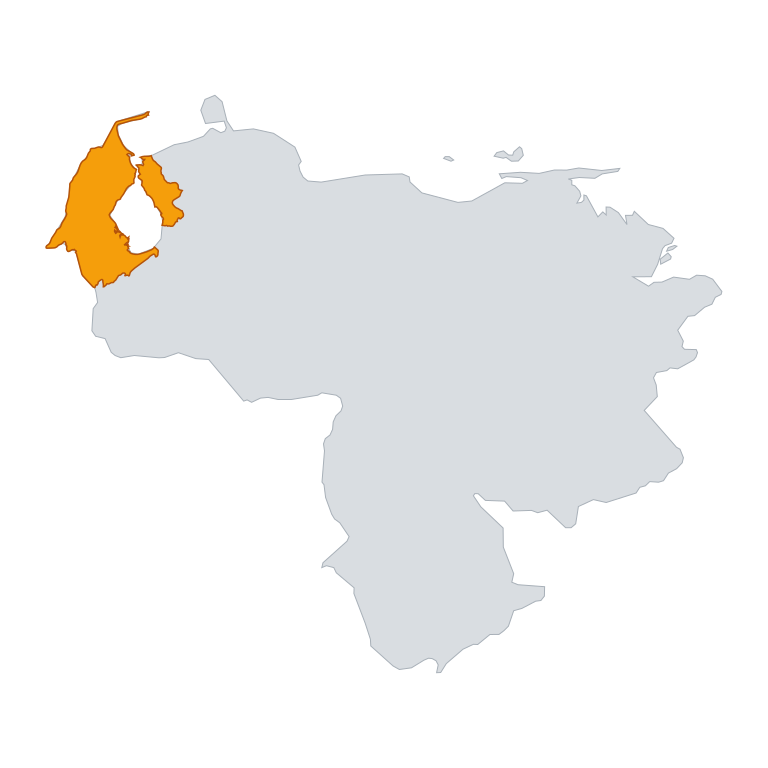 where Zulia sits in Venezuela
{"feature_id": "VEN-31", "entity_name": "Zulia", "entity_type": "State", "adm_level": 1, "iso_a3": "VEN", "parent_name": "Venezuela", "parent_adm1": "", "projection": "mercator", "projection_center": [-71.765, 10.117], "detail": "fine", "context": "in_parent", "style": "filled", "palette": "amber", "viewbox_px": 768, "rotation_deg": 0, "n_neighbors": 0, "source": "natural_earth", "source_scale": "10m", "svg_char_len": 9685}
<svg xmlns="http://www.w3.org/2000/svg" viewBox="0 0 768 768"><path d="M712.7,279.2L721.9,291.5L721.1,294.4L715.3,297.3L711.9,304.2L704.6,307.2L694.6,315.6L687.9,316.3L677.7,330.2L683.3,341.1L682.0,346.6L684.5,349.3L696.3,349.6L697.5,352.6L696.0,357.0L693.8,359.9L677.7,368.8L670.0,367.9L666.8,370.6L656.4,372.5L653.5,377.8L656.2,385.0L657.3,396.6L644.2,410.4L676.5,447.3L680.0,449.2L683.4,457.7L682.2,462.8L676.6,468.7L668.4,473.1L663.5,480.7L658.6,482.2L649.7,481.6L645.4,485.8L639.8,487.3L636.1,493.0L606.2,502.5L593.4,499.6L578.4,506.5L575.7,523.8L571.1,527.7L565.6,527.7L547.1,510.2L537.7,512.7L531.5,510.4L513.1,511.0L504.6,501.1L485.4,500.4L478.2,493.7L474.8,493.6L473.4,495.8L480.8,506.8L503.1,528.0L503.3,547.1L513.7,573.7L511.8,582.2L517.9,584.7L544.6,586.7L544.4,596.1L540.9,600.5L535.6,601.2L521.9,608.4L513.7,610.7L508.4,626.2L503.9,630.7L499.0,634.4L489.9,634.5L477.7,644.5L473.4,644.3L463.0,649.2L446.3,663.6L440.7,672.5L436.6,672.7L438.2,664.9L436.1,660.8L432.2,658.6L428.5,658.2L423.9,660.2L411.5,667.8L399.4,669.5L393.1,666.0L370.8,646.0L370.4,639.2L365.2,623.2L353.9,593.5L354.1,587.8L336.3,572.8L333.8,567.6L326.4,565.7L321.8,567.6L323.0,562.7L347.0,541.2L349.1,536.6L339.8,522.8L334.6,519.0L331.7,514.2L325.6,497.5L324.0,484.7L322.0,482.1L324.5,450.8L323.5,443.9L325.3,438.6L330.0,435.0L332.6,429.4L333.2,421.9L336.0,415.7L341.0,410.9L342.7,406.1L340.6,398.3L336.3,395.2L321.8,392.8L317.8,395.2L291.3,399.5L278.1,399.5L268.1,397.4L260.5,398.1L251.6,402.3L247.1,399.9L243.7,401.1L208.7,359.5L195.8,358.6L178.4,352.7L164.6,357.5L158.9,357.8L134.3,355.5L120.8,357.7L115.1,355.5L111.2,352.3L105.1,338.6L95.7,336.3L91.9,330.8L93.2,308.6L97.6,302.5L96.0,292.4L94.7,287.7L82.3,275.3L75.7,251.0L67.6,249.7L65.1,244.4L62.7,243.4L55.9,246.7L48.8,248.0L47.3,246.7L65.2,216.6L72.1,181.1L81.0,163.6L93.2,149.5L103.0,145.3L117.5,121.4L149.3,111.4L140.9,118.7L122.0,123.4L117.6,126.3L118.1,134.2L123.6,145.6L133.3,154.6L128.8,155.5L130.8,163.6L135.4,169.2L135.6,172.7L132.1,183.5L117.6,200.5L109.8,215.3L115.8,224.1L116.6,228.6L127.3,239.6L126.3,243.9L131.0,252.8L138.5,254.1L153.2,248.4L161.0,238.9L162.6,220.9L161.2,214.4L152.2,198.7L146.0,192.6L140.6,179.0L138.1,166.5L142.3,163.6L141.9,157.1L152.1,155.3L174.2,144.7L187.9,142.0L203.5,136.3L210.3,128.9L212.7,128.3L220.8,132.7L224.8,131.2L226.4,127.8L224.2,121.1L205.5,123.5L200.8,110.2L205.0,99.4L214.9,95.3L222.1,101.7L226.9,120.9L233.5,130.9L253.4,128.9L273.5,133.3L294.9,147.1L301.2,161.4L298.6,165.0L300.0,171.0L303.1,177.1L307.8,181.0L321.2,182.1L365.2,175.0L402.2,173.9L409.2,176.9L410.0,182.0L421.9,192.9L457.9,202.4L471.8,201.0L504.8,182.8L522.4,183.3L527.5,180.5L521.0,177.7L506.3,176.6L501.8,178.5L499.3,173.8L520.5,172.3L539.2,173.4L554.5,170.0L566.7,170.1L578.8,168.0L601.8,170.5L619.8,168.4L617.8,171.4L602.2,173.9L594.9,178.3L579.3,177.5L568.3,179.0L571.8,180.3L571.8,184.8L574.9,185.8L579.7,191.3L580.9,195.9L576.9,203.1L581.4,202.4L583.9,200.1L583.9,195.0L586.4,195.8L597.9,216.9L602.8,211.9L606.2,215.0L606.1,207.0L610.0,207.2L618.4,212.6L627.0,224.6L625.5,215.4L632.5,215.3L634.3,211.3L648.3,224.5L663.0,228.4L674.0,238.3L671.6,243.2L665.1,245.6L662.5,248.7L657.6,264.4L651.4,276.7L632.8,276.8L648.5,286.2L654.0,282.3L661.9,282.1L673.6,277.1L689.5,279.3L696.6,275.2L705.2,275.8L712.7,279.2ZM521.7,148.6L523.3,155.3L518.3,161.0L511.4,161.2L506.1,157.4L503.2,158.2L494.1,156.2L496.8,152.6L503.5,150.9L508.5,155.0L512.7,155.2L513.8,151.8L519.5,146.8L521.7,148.6ZM670.6,259.0L660.7,264.2L660.2,259.2L667.9,253.0L671.2,256.7L670.6,259.0ZM453.7,160.0L451.0,161.2L443.6,158.4L445.2,156.6L449.2,156.6L453.7,160.0ZM672.6,249.5L666.6,251.2L668.3,247.5L674.6,245.5L676.9,246.2L672.6,249.5Z" fill="#d9dde1" stroke="#a8b0b8" stroke-width="1"/><path d="M147.4,112.0L148.9,112.1L148.3,113.3L148.1,114.2L148.5,115.1L147.1,115.3L146.7,115.5L146.5,115.8L146.4,116.7L144.8,117.1L142.0,118.6L140.0,119.2L131.6,120.5L122.3,123.3L120.4,123.7L119.1,124.1L118.0,124.7L117.4,125.2L116.8,127.1L116.9,129.3L118.4,135.9L122.5,144.3L125.6,148.6L126.9,149.9L132.7,153.2L133.5,153.8L134.0,154.5L134.1,155.2L131.4,155.9L131.6,155.1L131.3,154.4L130.5,154.0L128.2,153.5L127.5,154.1L126.9,154.5L127.4,155.1L129.2,156.8L129.6,157.4L129.4,159.4L129.9,161.4L130.7,163.5L131.7,165.3L132.9,166.9L134.4,168.3L136.5,169.4L136.0,170.6L135.6,172.6L134.8,173.7L135.1,174.0L135.2,174.6L135.1,175.1L134.8,175.7L135.1,176.5L134.7,177.5L134.1,178.7L133.8,179.7L133.9,182.5L134.0,182.8L133.9,183.0L133.5,183.4L133.1,183.6L131.8,184.0L130.5,185.5L129.7,185.7L128.9,186.1L127.7,187.2L126.4,188.7L123.5,194.1L120.8,197.8L120.5,198.9L119.8,199.4L117.8,200.0L117.0,200.6L116.3,201.5L115.8,202.6L115.4,204.7L114.2,206.7L113.2,209.5L110.0,213.2L109.2,214.8L109.4,215.5L110.3,217.5L110.9,218.4L114.3,221.9L115.5,223.4L118.1,229.2L117.2,228.7L116.8,227.7L116.5,226.6L116.0,225.7L115.7,226.0L116.0,226.7L115.4,227.0L115.0,227.4L115.7,227.8L116.5,228.4L117.1,229.3L117.4,230.4L117.0,231.3L116.2,231.4L115.3,230.9L114.7,230.2L114.5,231.1L114.9,232.1L115.7,233.3L116.4,232.8L117.5,231.7L118.6,231.2L119.1,232.3L119.5,232.3L119.5,231.2L120.0,231.6L121.3,233.1L121.8,233.5L122.8,233.8L123.2,234.3L121.7,234.0L120.4,234.6L119.7,235.7L120.1,237.1L120.8,235.0L123.7,235.0L125.0,235.8L126.1,237.2L127.3,238.1L128.7,237.1L128.5,237.9L128.3,238.1L128.9,238.6L129.0,238.9L128.7,239.2L128.0,239.2L128.0,239.5L128.6,240.1L128.7,241.0L128.4,241.9L128.0,242.6L127.5,242.2L126.5,242.9L124.6,244.7L125.0,245.1L126.1,244.4L126.6,245.1L127.3,244.7L127.7,244.0L128.1,244.5L127.9,245.6L128.7,246.1L127.7,246.2L127.8,246.9L128.7,248.2L127.5,249.5L127.3,249.9L127.4,250.4L128.2,250.8L128.3,251.1L128.6,251.1L129.2,251.4L129.7,251.8L129.5,252.2L129.9,252.6L131.1,253.4L133.1,254.0L135.2,254.4L137.5,254.4L139.6,254.0L146.7,251.8L151.6,249.7L153.2,248.6L154.3,247.5L154.4,247.1L154.9,247.4L157.9,250.1L158.2,250.8L158.2,252.0L158.0,252.7L157.9,254.8L157.4,255.9L156.6,256.6L155.9,256.9L155.6,256.7L155.3,256.1L155.3,255.6L154.9,254.9L154.0,254.1L153.2,254.2L151.3,255.4L150.5,255.8L149.5,256.7L148.1,258.2L134.8,268.0L131.7,270.7L130.7,271.8L130.1,272.8L129.3,275.6L129.1,275.8L128.8,275.9L128.0,275.3L127.5,275.2L126.5,275.3L125.3,275.7L125.0,275.7L124.9,275.5L125.3,274.6L125.4,274.3L125.3,273.7L125.0,273.4L124.5,273.1L124.2,273.0L123.0,273.1L122.6,273.2L120.8,274.8L119.9,275.2L119.2,275.3L118.5,275.6L115.7,280.1L114.2,281.3L113.7,282.1L113.3,282.4L113.0,282.6L111.4,282.6L108.9,283.9L108.7,283.9L107.2,283.8L106.8,283.8L106.5,284.2L106.5,284.6L104.1,286.7L103.7,286.8L103.3,286.8L103.4,285.3L103.2,283.5L102.9,282.1L102.8,280.3L102.6,279.9L102.3,279.6L101.9,279.5L101.4,279.6L99.8,280.6L98.4,281.9L98.1,282.4L98.1,283.3L97.8,284.0L97.0,285.1L96.8,285.1L96.4,284.8L96.1,285.0L95.5,285.8L95.3,286.9L94.7,287.6L94.2,287.4L93.3,287.1L92.7,286.6L82.8,275.8L81.8,274.1L76.4,253.5L75.5,252.5L76.3,251.3L76.0,250.8L75.2,250.3L74.2,249.4L73.8,249.8L72.5,249.6L71.9,249.8L69.8,251.1L68.7,251.5L67.8,251.3L66.9,250.0L66.6,248.9L66.8,246.8L66.6,245.6L65.8,244.6L66.0,243.8L65.4,242.0L65.1,241.6L63.9,241.6L61.8,243.7L60.7,244.3L59.4,244.7L58.5,245.2L56.8,246.9L55.0,247.8L52.9,248.0L46.7,248.2L46.1,247.8L46.1,246.7L46.7,245.7L48.5,244.4L49.4,243.6L50.0,242.6L51.7,238.2L55.7,232.3L56.7,230.1L57.4,229.4L59.4,228.2L60.2,227.3L60.7,226.4L62.0,223.0L64.7,218.7L66.3,215.5L66.7,214.2L66.5,213.2L66.1,212.3L65.7,211.0L65.8,210.0L66.2,208.0L66.2,206.0L68.8,197.1L69.8,186.0L69.8,184.0L70.2,183.1L72.5,180.2L73.4,177.6L76.5,174.0L77.8,171.8L80.2,164.9L81.4,162.6L82.7,161.1L84.9,159.6L85.8,158.7L86.7,157.4L88.4,153.2L90.1,151.1L90.3,150.6L90.3,149.6L90.5,149.1L91.4,148.5L92.5,148.4L94.6,148.3L97.4,147.3L98.4,147.0L99.4,147.1L101.2,147.6L102.1,147.4L102.6,146.8L115.0,123.5L115.9,122.3L116.9,121.6L142.9,114.8L144.8,114.0L146.5,112.5L147.4,112.0ZM162.1,225.3L162.8,222.5L162.8,220.1L163.4,219.5L163.5,219.1L163.2,218.1L162.5,217.3L161.7,216.5L161.0,215.5L160.8,214.2L161.3,214.2L161.6,214.0L161.8,213.5L161.7,213.2L160.8,212.2L159.9,210.8L157.2,207.4L156.1,206.7L154.9,207.0L153.9,202.4L153.0,200.2L151.9,198.3L150.0,196.3L148.9,195.5L147.1,194.8L146.7,194.0L146.1,192.0L145.7,191.4L144.6,190.1L144.2,188.6L143.7,187.8L141.9,185.6L141.6,185.1L141.6,184.6L141.9,183.8L142.2,181.2L142.0,180.5L141.3,179.9L139.0,178.4L138.3,177.4L138.2,176.1L138.5,175.7L140.3,174.2L140.1,174.0L138.7,171.7L138.6,171.2L138.9,169.2L138.9,168.4L138.8,167.8L137.6,166.7L136.7,165.5L136.2,165.3L136.2,165.0L139.8,164.8L141.4,165.0L143.0,165.6L143.6,164.5L143.3,163.5L142.9,162.6L142.7,161.8L143.0,161.0L144.2,160.2L144.7,159.4L143.4,159.4L142.9,159.3L142.4,159.0L140.9,157.6L140.3,157.3L142.4,156.6L144.4,156.3L148.5,156.3L150.6,156.0L151.2,155.7L152.5,159.0L153.0,159.9L153.5,160.5L154.5,161.3L155.3,161.8L157.2,164.0L160.9,167.1L161.3,167.6L161.4,168.4L161.0,170.2L160.9,170.9L161.0,171.8L161.3,172.8L161.2,173.6L161.4,174.0L161.7,174.4L162.5,175.1L163.3,176.1L163.6,176.9L164.2,179.2L164.5,179.7L167.4,182.7L167.7,182.8L168.9,182.8L170.1,183.5L172.5,182.8L175.1,182.6L176.3,183.0L177.0,183.6L178.0,184.9L178.3,186.5L178.2,187.7L178.3,188.5L178.8,189.2L179.6,189.7L180.5,190.2L181.2,190.2L182.3,190.5L181.4,191.9L181.0,192.7L180.5,193.9L180.0,195.6L179.7,196.1L178.9,196.8L174.0,199.8L172.8,200.9L172.3,202.4L172.5,203.8L173.3,205.0L174.9,206.8L176.5,208.0L177.9,208.5L181.2,210.6L182.1,210.8L183.4,214.1L183.4,215.5L183.1,216.5L182.4,217.2L181.5,217.8L181.1,218.4L180.5,218.8L179.9,218.8L179.2,218.0L178.9,217.9L178.6,217.9L178.3,218.0L177.1,220.3L177.1,220.7L177.4,221.3L177.4,221.5L176.1,221.8L175.5,222.2L174.4,224.2L173.1,225.8L172.7,226.1L172.3,226.2L170.7,226.3L169.1,225.9L167.5,226.1L167.0,225.6L166.7,225.5L166.4,225.5L165.0,225.8L162.9,225.4L162.1,225.3Z" fill="#f59e0b" stroke="#b45309" stroke-width="1.5"/></svg>